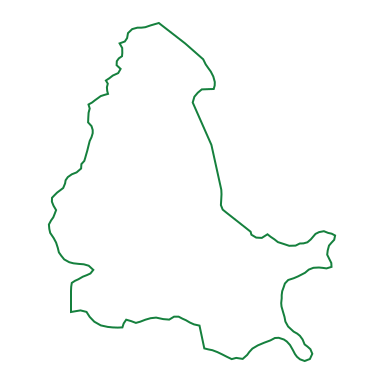 the district of Sertãozinho, São Paulo, Brazil, rotated 90°
{"feature_id": "56859067B35864980054288", "entity_name": "Sertãozinho", "entity_type": "district", "adm_level": 2, "iso_a3": "BRA", "parent_name": "Brazil", "parent_adm1": "São Paulo", "projection": "natural_earth1", "projection_center": [-47.996, -21.105], "detail": "fine", "context": "isolated", "style": "outline", "palette": "green", "viewbox_px": 384, "rotation_deg": 90, "n_neighbors": 0, "source": "geoboundaries", "source_scale": "gbopen_adm2", "svg_char_len": 2714}
<svg xmlns="http://www.w3.org/2000/svg" viewBox="0 0 384 384"><g transform="rotate(90 192 192)"><path d="M177.1,316.2L180.3,318.4L183.4,318.9L188.0,320.8L190.5,324.1L192.6,326.9L195.4,329.7L197.8,332.0L201.7,332.1L205.7,330.5L210.1,327.9L214.3,329.5L217.3,330.7L220.4,332.9L224.5,335.1L228.9,334.7L232.9,333.8L238.1,330.3L242.6,327.9L247.9,326.2L252.4,325.1L255.8,322.7L259.4,319.8L262.2,314.8L263.3,310.6L263.9,305.2L264.3,300.2L265.7,295.3L269.9,290.7L273.5,293.6L275.1,297.1L276.7,301.2L279.3,305.7L280.8,309.0L282.9,312.2L286.7,312.8L291.0,313.0L305.1,313.0L312.0,313.0L311.1,307.8L310.4,303.5L311.9,297.5L316.9,294.3L321.7,289.7L325.4,283.2L326.9,276.3L327.4,271.5L327.6,266.4L327.4,261.6L323.4,260.3L319.7,257.8L321.1,252.9L322.9,248.1L321.7,243.8L319.7,238.6L318.2,233.4L317.6,227.9L319.1,220.8L319.6,214.8L316.7,210.0L316.7,205.3L318.7,201.5L320.2,198.1L322.5,194.2L324.4,190.0L325.6,184.5L348.4,179.7L349.4,175.6L350.2,171.6L352.1,166.6L354.4,161.8L356.8,157.1L359.1,152.3L357.9,147.8L358.9,141.3L354.9,136.8L352.1,134.8L348.6,131.6L345.4,126.2L342.7,119.8L340.4,113.6L338.0,109.1L337.8,105.3L339.5,100.1L341.5,97.2L345.0,94.0L349.9,91.2L354.1,89.0L356.8,87.0L359.3,84.0L361.0,79.4L359.0,74.1L353.8,71.7L349.2,73.6L346.6,76.5L344.4,79.4L339.5,81.4L335.8,84.1L333.6,86.8L331.6,90.4L326.5,95.9L321.6,98.6L316.9,99.5L311.8,101.0L306.5,102.5L303.1,102.8L298.3,102.3L295.1,102.3L291.2,101.8L287.1,100.3L283.5,99.1L280.0,95.8L278.2,90.2L276.4,86.0L272.8,79.0L269.6,75.2L267.8,70.6L267.5,65.1L267.9,61.1L268.4,57.5L266.9,52.5L263.0,52.7L259.0,54.7L254.7,56.8L250.5,56.3L245.6,55.0L242.9,52.7L239.8,49.8L235.5,48.9L233.7,52.3L232.9,55.9L231.2,60.1L232.1,64.9L233.9,68.5L239.4,73.2L242.3,76.6L243.4,80.6L243.5,84.2L245.6,88.4L245.8,94.8L244.1,99.9L242.1,106.1L239.4,109.5L236.7,113.5L234.3,116.5L237.9,122.2L237.6,127.8L234.7,132.6L231.7,133.4L212.7,157.5L209.6,161.3L205.1,163.1L200.2,162.8L194.2,162.5L189.8,162.7L144.9,172.6L102.5,191.3L96.7,189.6L92.7,186.2L89.4,182.2L89.1,174.2L89.0,170.3L85.5,169.3L82.0,169.2L76.5,170.7L71.6,173.2L67.7,176.0L64.4,178.3L59.3,180.8L43.4,198.9L23.0,225.2L25.4,233.4L27.2,238.7L27.7,242.9L27.7,246.7L29.1,251.8L33.1,256.0L38.1,256.9L41.5,259.2L43.4,264.4L48.0,261.8L53.0,261.7L56.2,262.0L58.4,265.2L61.2,267.2L65.2,267.4L68.9,263.4L73.1,265.8L75.5,271.1L78.2,274.6L80.5,278.1L83.7,276.2L87.2,277.1L90.9,276.8L93.9,276.0L95.0,279.9L96.1,283.3L98.3,286.3L100.3,289.1L102.5,291.9L104.5,295.5L108.5,294.3L112.7,295.4L117.6,295.7L122.4,295.9L126.1,292.5L130.0,291.3L133.2,291.3L137.2,292.5L141.0,294.3L145.7,295.5L150.6,296.7L154.4,297.8L157.6,298.7L160.9,299.7L164.1,302.6L168.5,302.9L172.4,307.4L174.3,312.2L177.1,316.2Z" fill="none" stroke="#15803d" stroke-width="2"/></g></svg>